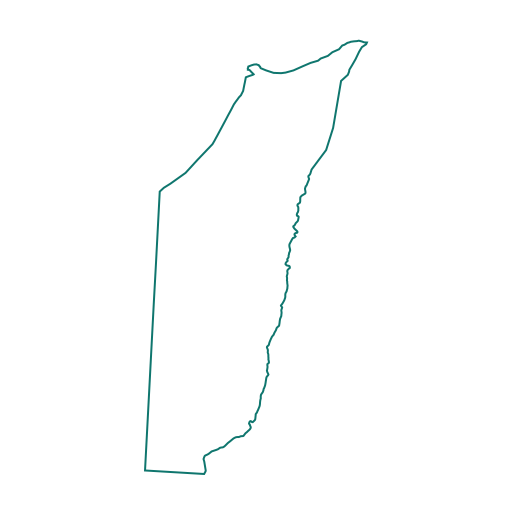 Albardón, San Juan, Argentina (Robinson projection), rotated 183°
{"feature_id": "61730980B78651805295457", "entity_name": "Albardón", "entity_type": "district", "adm_level": 2, "iso_a3": "ARG", "parent_name": "Argentina", "parent_adm1": "San Juan", "projection": "robinson", "projection_center": [-68.511, -31.217], "detail": "fine", "context": "isolated", "style": "outline", "palette": "teal", "viewbox_px": 512, "rotation_deg": 183, "n_neighbors": 0, "source": "geoboundaries", "source_scale": "gbopen_adm2", "svg_char_len": 5490}
<svg xmlns="http://www.w3.org/2000/svg" viewBox="0 0 512 512"><g transform="rotate(183 256 256)"><path d="M273.9,441.6L273.5,441.6L273.2,441.5L272.7,441.5L272.4,441.5L272.2,441.4L272.0,441.2L269.9,439.2L268.0,437.5L267.8,437.3L267.9,437.2L268.1,437.1L268.7,436.8L268.8,436.7L269.3,436.5L270.6,436.0L272.4,435.3L275.4,434.0L275.5,433.9L276.3,428.2L276.5,427.1L277.5,420.1L277.6,419.9L279.0,416.8L279.4,415.8L279.9,415.2L281.2,413.7L281.3,413.6L282.9,411.1L283.7,409.9L284.2,409.2L285.6,406.9L285.9,406.5L288.7,400.3L291.1,395.3L294.2,388.6L301.3,373.5L301.5,373.1L301.7,372.7L302.1,371.9L303.5,368.9L305.3,365.4L319.5,348.9L330.7,335.3L345.3,323.7L351.6,319.3L355.5,315.3L355.5,242.6L355.6,204.3L355.6,165.9L355.6,89.3L355.6,50.9L355.6,36.0L296.4,35.6L295.1,38.3L295.0,38.9L295.0,39.2L296.8,47.5L296.9,47.9L297.0,48.3L297.3,49.1L297.7,50.3L297.7,50.8L297.2,52.4L296.8,53.5L296.5,53.9L295.3,54.6L294.6,54.9L294.0,55.3L293.1,55.8L292.2,56.6L290.8,57.8L290.4,58.3L290.1,58.5L285.5,60.3L285.0,60.5L284.7,60.7L284.2,60.9L283.8,61.1L283.5,61.3L283.2,61.6L282.6,62.0L282.2,62.4L281.8,62.6L281.4,62.7L280.9,62.9L279.5,63.1L279.1,63.2L278.6,63.5L278.1,63.8L277.4,64.4L276.7,65.1L274.9,67.1L274.4,67.7L274.0,68.0L273.6,68.4L273.0,68.9L272.5,69.3L272.0,69.8L271.4,70.3L270.8,70.9L269.9,71.7L269.3,72.3L268.9,72.6L268.6,72.8L268.0,73.2L267.1,73.7L266.4,74.0L265.3,74.2L264.5,74.3L263.7,74.3L263.0,74.6L261.8,75.2L259.6,75.5L259.1,75.7L257.4,78.2L257.0,78.7L256.7,78.9L256.0,79.5L255.1,80.5L254.3,81.3L253.5,82.1L253.0,82.7L252.6,83.4L252.4,83.8L252.3,84.4L252.3,84.8L252.5,85.3L253.3,86.9L253.3,87.2L253.6,87.6L254.0,87.9L254.2,88.4L254.0,89.2L253.7,90.1L253.4,90.5L252.9,90.8L252.3,90.7L252.0,90.4L251.7,90.2L251.4,90.0L251.0,89.9L250.6,89.9L250.3,90.2L248.6,92.0L248.2,93.0L248.0,96.7L248.0,98.0L247.6,98.8L247.0,99.5L246.7,100.3L246.4,101.3L246.1,101.8L244.6,106.1L244.4,107.2L244.3,108.5L244.3,110.0L244.2,111.7L244.1,112.6L243.8,113.8L243.8,114.4L243.9,115.4L243.9,116.6L243.8,117.2L243.7,117.8L243.2,118.7L242.8,119.3L242.4,119.9L242.2,120.2L241.8,121.4L241.5,122.6L241.5,123.0L241.4,123.6L241.3,123.9L241.0,124.4L240.9,124.8L240.7,125.4L240.2,127.0L240.0,128.2L239.8,129.9L239.7,131.1L239.5,132.9L239.4,134.1L239.2,135.4L238.9,136.0L238.4,136.7L238.0,137.2L237.7,137.6L237.4,138.2L237.7,139.0L238.6,140.6L239.1,142.1L238.9,143.3L238.7,145.1L238.7,146.2L239.0,147.8L238.9,148.7L237.7,149.8L237.5,150.6L237.9,152.4L238.2,153.3L238.2,155.0L238.4,155.8L238.4,156.6L238.5,157.8L238.6,158.6L239.2,160.1L239.2,161.0L239.2,162.6L239.5,163.5L240.3,165.2L240.2,166.1L239.0,167.3L238.5,168.0L238.2,169.7L237.9,170.8L237.3,172.5L236.8,173.9L236.2,175.3L236.0,175.9L235.0,177.4L234.3,178.2L233.7,180.0L233.3,180.9L232.5,182.4L232.1,183.3L231.7,184.9L231.2,185.7L229.9,187.0L229.3,187.6L229.1,189.3L229.0,190.3L228.9,192.2L228.8,193.2L228.6,194.6L228.2,195.7L227.6,197.4L227.6,198.5L227.5,200.0L227.5,200.9L227.8,202.5L227.9,203.3L227.4,205.0L227.2,206.1L228.2,207.2L228.5,207.9L227.5,209.3L226.9,210.3L226.0,212.1L225.4,213.4L225.0,214.8L224.7,215.8L224.6,217.1L224.7,218.2L224.7,219.5L224.5,220.5L223.9,221.7L223.6,222.3L223.4,223.4L223.0,225.3L223.0,226.8L222.9,227.9L223.2,229.6L223.4,230.6L223.5,232.2L223.8,233.0L223.8,234.7L223.8,235.7L224.2,237.2L224.0,238.3L223.6,240.0L223.7,241.1L224.0,242.6L223.7,243.7L222.5,245.1L221.7,245.7L221.6,246.4L221.7,246.9L222.0,247.5L222.4,247.8L224.2,248.1L225.0,248.3L226.1,249.4L226.0,250.4L225.2,251.7L224.6,252.3L224.3,252.5L224.2,253.3L224.6,253.9L224.6,254.5L224.0,255.5L223.5,256.3L223.4,257.3L223.5,258.1L223.2,259.3L223.1,260.7L222.7,261.7L222.2,263.3L222.3,264.3L222.8,266.0L223.1,267.0L223.2,268.1L223.3,268.6L223.1,269.7L221.3,273.6L220.9,274.5L220.0,275.9L218.9,276.3L218.5,276.5L218.1,276.9L217.8,277.3L217.5,277.6L217.9,278.1L218.2,278.5L218.6,279.1L218.7,279.7L218.6,280.1L218.4,280.4L217.5,281.0L216.9,281.2L216.3,281.3L215.9,281.8L215.9,282.4L216.2,282.9L216.9,283.5L218.3,284.7L219.1,285.4L220.1,286.7L220.3,287.1L220.3,287.6L219.1,288.7L218.7,289.4L218.3,290.3L218.1,290.8L217.4,291.6L216.3,292.8L215.9,293.8L215.6,295.7L215.5,296.8L215.4,297.2L215.6,297.6L216.2,298.1L216.9,298.2L217.2,298.5L217.4,299.1L217.4,299.6L217.1,300.9L216.4,302.2L216.1,303.9L216.2,304.7L216.2,305.9L216.3,306.5L216.4,307.1L216.8,307.7L217.2,308.3L217.3,309.0L217.0,309.9L216.3,310.4L215.3,311.3L214.9,311.6L214.8,312.3L214.7,313.2L214.8,314.6L214.8,316.9L214.4,317.6L213.2,318.9L212.4,319.4L210.9,320.4L210.4,320.7L210.0,321.2L209.9,321.8L209.9,322.4L210.1,323.4L210.5,325.0L210.6,325.9L210.2,327.4L210.0,328.2L209.3,328.9L209.1,329.4L208.5,331.2L207.7,333.5L207.1,335.3L207.0,335.7L207.2,336.2L207.7,337.3L207.8,338.0L207.9,338.4L207.7,338.8L207.5,339.0L206.8,339.8L206.4,340.3L205.9,341.6L205.7,342.6L205.5,343.3L205.0,345.3L191.5,365.5L186.4,385.2L185.7,387.9L180.2,435.3L173.8,441.7L172.7,444.9L172.5,446.9L170.0,451.6L166.9,457.7L163.7,465.4L161.2,470.1L157.1,473.2L156.9,473.7L156.4,475.0L158.8,475.0L159.8,475.2L161.2,475.7L164.6,476.4L166.3,475.9L169.4,475.5L172.5,474.9L173.8,474.3L175.9,473.6L178.7,471.6L180.9,470.7L183.9,466.8L190.4,463.5L194.7,459.6L201.7,456.6L204.2,454.3L211.6,451.7L219.3,447.9L228.3,443.3L236.1,440.7L240.5,439.9L248.0,439.8L255.7,441.9L261.1,443.8L261.6,444.5L261.7,445.0L261.9,445.4L262.3,445.5L262.7,445.9L263.0,446.4L263.3,446.8L263.9,446.9L264.5,447.0L265.0,447.2L265.4,447.4L268.0,447.1L270.5,446.2L273.6,444.8L273.8,443.5L274.0,443.1L273.9,443.0L273.9,442.9L273.9,441.6Z" fill="none" stroke="#0f766e" stroke-width="2"/></g></svg>